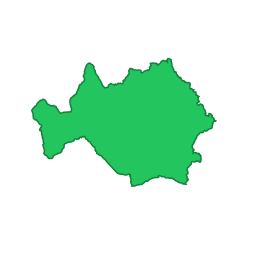 Kengtung, Shan, Myanmar, rotated 46°
{"feature_id": "60261553B37663404803056", "entity_name": "Kengtung", "entity_type": "district", "adm_level": 2, "iso_a3": "MMR", "parent_name": "Myanmar", "parent_adm1": "Shan", "projection": "orthographic", "projection_center": [99.278, 21.371], "detail": "fine", "context": "isolated", "style": "filled", "palette": "green", "viewbox_px": 256, "rotation_deg": 46, "n_neighbors": 0, "source": "geoboundaries", "source_scale": "gbopen_adm2", "svg_char_len": 5768}
<svg xmlns="http://www.w3.org/2000/svg" viewBox="0 0 256 256"><g transform="rotate(46 128 128)"><path d="M48.7,185.1L52.0,186.5L53.4,187.9L53.8,188.0L55.2,189.2L57.4,189.2L58.9,188.3L60.5,188.6L61.5,188.4L63.8,189.0L65.7,188.2L66.5,188.8L67.0,190.3L67.4,190.3L67.2,191.4L67.9,192.4L67.9,192.8L68.3,193.1L68.9,193.0L69.0,192.4L70.2,192.5L72.7,194.5L73.5,194.8L74.5,195.6L75.5,195.5L75.7,196.5L76.5,196.8L77.3,196.9L79.4,198.8L80.3,198.9L80.8,199.2L80.8,200.6L81.2,201.1L85.5,203.3L86.5,204.0L87.9,206.3L90.1,206.4L91.0,205.8L91.7,205.7L94.4,206.3L96.3,204.8L97.1,203.7L97.0,202.6L96.3,200.9L96.6,199.1L97.9,196.0L98.3,194.5L99.0,193.6L98.6,191.3L97.7,190.5L97.7,187.8L96.7,186.8L96.6,186.3L95.8,185.9L95.5,184.1L96.4,182.0L96.5,181.0L98.2,179.2L99.4,176.6L99.5,175.8L98.9,174.0L99.8,173.0L100.4,172.8L100.6,172.1L101.1,171.9L101.7,171.0L101.8,170.6L101.2,169.3L101.8,168.4L102.1,168.2L102.6,168.2L102.5,166.6L103.6,166.1L103.7,165.3L104.7,165.2L106.3,166.0L108.2,165.3L110.1,165.9L111.2,165.0L113.4,165.5L117.6,165.9L118.1,165.6L118.2,165.2L118.5,165.2L120.8,166.4L121.5,167.3L122.0,167.4L122.5,167.1L123.5,167.4L124.2,167.6L124.6,168.2L126.4,167.4L127.4,167.6L128.2,167.4L129.0,166.4L131.6,166.7L132.3,166.4L133.1,166.8L133.8,166.4L134.9,166.4L138.5,166.8L152.5,167.0L153.4,166.8L156.2,165.5L157.8,163.9L159.9,162.6L160.7,161.8L162.0,159.1L162.4,158.8L163.2,158.8L163.6,160.1L164.2,159.8L164.9,160.1L165.7,161.0L166.9,161.3L168.5,163.3L169.2,163.6L169.8,164.2L171.7,164.7L172.1,165.0L172.3,165.6L173.0,165.1L173.5,164.2L174.5,163.4L175.4,160.8L175.9,160.4L176.2,159.6L176.7,159.3L177.0,158.6L176.9,158.3L178.2,157.5L178.3,154.9L178.6,154.2L178.4,152.1L180.0,150.9L179.9,149.5L180.3,147.3L181.1,145.3L182.1,143.4L183.0,142.3L183.6,141.9L184.5,140.5L184.6,140.0L183.7,139.6L183.9,138.7L185.2,137.8L186.7,137.4L188.2,135.6L190.2,135.5L191.8,133.5L192.9,133.2L193.4,132.3L194.0,132.2L194.2,131.7L194.6,131.4L197.3,130.4L199.0,130.4L200.7,129.5L201.9,129.5L204.1,128.4L204.4,127.7L205.1,127.3L205.9,127.5L206.7,127.1L207.2,126.4L207.8,126.2L208.8,125.3L208.1,125.1L207.3,124.5L207.2,123.9L207.4,123.2L207.1,121.9L206.6,121.1L207.1,120.9L207.0,120.6L206.5,120.5L205.9,120.1L205.4,120.4L204.7,120.2L204.2,119.4L203.7,119.4L202.3,118.6L202.2,117.8L202.4,116.5L200.8,115.2L198.8,114.3L198.0,113.0L198.2,111.3L197.8,110.0L198.0,109.3L198.0,108.0L197.8,107.4L196.9,106.7L196.6,105.8L197.0,105.0L198.9,103.5L199.3,102.0L199.6,101.5L200.1,101.2L200.8,100.1L202.5,100.2L202.7,99.9L202.6,99.1L201.3,97.2L200.1,96.3L198.8,95.0L198.0,95.1L197.5,94.7L197.0,94.8L196.7,95.2L196.2,95.2L195.9,94.6L195.5,94.6L194.7,95.8L193.3,96.0L191.6,97.3L191.3,97.9L191.4,98.5L190.5,97.7L189.7,97.6L189.7,95.8L189.2,95.6L188.4,95.9L185.9,94.9L185.1,93.6L185.0,92.5L184.4,91.2L184.3,90.3L183.9,89.9L183.9,89.2L183.2,87.9L182.8,85.7L181.9,84.6L181.5,83.1L181.7,81.0L181.5,79.3L181.7,78.9L183.2,77.5L183.3,76.8L182.9,74.7L184.4,74.1L184.6,73.7L184.9,72.8L184.8,71.7L185.6,69.4L186.3,68.2L185.8,66.6L184.5,65.3L183.7,63.7L183.3,63.6L183.0,63.0L182.7,61.6L183.0,61.2L183.5,61.0L184.0,60.0L183.9,59.8L183.0,60.4L182.6,60.4L181.3,60.0L180.8,59.5L178.9,59.9L178.0,59.4L177.8,58.8L175.4,58.7L173.9,59.7L174.5,61.0L175.5,61.6L174.6,61.9L174.0,62.9L173.1,63.2L172.7,62.9L171.2,62.7L171.5,61.8L169.0,60.3L166.5,60.1L164.4,58.6L163.7,58.5L162.9,58.4L162.2,58.9L161.1,59.1L160.8,59.6L161.0,60.4L160.9,61.1L160.4,61.6L159.2,61.6L158.1,61.1L158.6,58.4L157.7,58.1L157.2,58.3L156.1,58.0L155.3,56.8L154.4,56.2L154.6,55.2L152.2,55.6L151.7,56.2L151.2,56.1L149.7,54.4L149.1,54.3L148.8,54.8L147.4,55.7L146.8,55.5L146.3,54.1L145.9,54.3L145.7,54.9L143.9,54.9L143.0,56.1L142.6,56.0L140.5,54.2L140.2,53.2L139.3,53.2L139.1,52.4L138.8,52.3L138.2,52.3L136.7,53.5L136.4,54.1L135.9,54.5L135.0,54.6L134.5,55.3L133.6,54.9L132.8,55.0L132.4,55.9L130.9,56.0L128.2,55.1L127.8,56.3L126.2,55.8L125.8,56.2L125.2,55.9L124.7,56.3L123.8,55.6L122.9,55.7L121.2,54.6L120.1,55.1L119.9,55.8L117.6,54.5L113.9,53.3L111.3,51.2L110.2,50.9L109.0,49.6L106.6,50.3L105.8,51.0L105.9,51.8L106.2,52.1L106.2,52.8L107.4,53.3L108.0,53.9L105.8,54.3L105.5,55.1L105.1,55.4L104.5,55.3L103.6,56.0L103.3,58.2L103.8,59.3L103.8,59.9L103.4,62.9L103.2,63.1L101.7,62.4L101.3,62.5L100.4,63.7L98.6,64.7L98.3,65.6L97.4,66.2L97.2,67.2L99.1,68.1L99.2,70.3L100.4,70.9L100.8,72.2L100.8,73.3L99.8,73.7L98.5,76.9L98.3,79.3L97.4,80.0L95.9,78.9L95.3,78.8L95.0,79.2L93.8,79.9L92.8,81.3L91.4,82.4L90.9,83.2L87.9,84.0L86.6,85.3L87.1,86.4L87.1,87.2L87.6,87.9L88.9,88.8L90.0,89.9L89.9,91.2L90.3,92.8L90.2,94.7L91.4,97.5L90.6,98.0L90.6,98.8L92.4,100.3L92.4,101.3L92.0,101.8L90.5,102.3L89.9,103.5L88.9,104.1L88.9,106.3L88.6,106.5L87.7,106.5L87.5,106.8L87.7,107.9L86.2,108.5L85.8,109.0L84.1,109.5L83.6,112.3L84.5,113.3L84.7,114.2L83.1,116.7L81.1,116.9L78.9,116.5L77.6,115.9L74.2,114.8L72.9,115.0L70.9,114.0L69.2,113.7L67.5,113.7L65.2,112.8L64.2,111.9L63.2,111.8L60.9,110.9L60.4,110.6L60.3,109.8L59.4,109.9L57.9,109.6L56.6,110.1L54.8,110.4L54.3,111.0L53.9,112.5L54.0,113.3L54.6,115.5L56.0,118.3L56.4,118.7L57.3,120.4L58.2,120.5L59.0,122.7L59.8,124.2L62.1,124.8L63.0,125.9L63.9,127.5L63.7,128.5L63.3,129.2L64.0,131.3L63.3,132.3L63.8,133.0L63.7,133.8L64.5,134.9L65.1,135.2L65.1,136.4L65.9,137.8L66.6,140.1L67.3,140.6L67.6,141.2L67.6,141.8L67.1,142.5L67.2,143.2L67.8,143.7L67.0,144.4L67.1,146.4L66.8,147.9L66.9,148.7L67.5,149.1L67.5,150.1L69.2,151.9L71.0,153.2L75.1,155.3L76.2,156.8L76.6,157.9L71.9,163.5L71.2,165.4L69.9,166.5L66.7,166.0L65.7,165.5L63.9,165.5L62.6,164.9L62.1,165.1L61.4,165.9L60.3,165.7L58.5,168.2L56.0,168.7L55.3,169.2L54.3,169.3L52.6,168.6L50.7,168.3L48.6,168.9L48.1,169.5L48.2,170.2L48.0,171.1L47.6,171.2L47.2,172.0L47.2,175.3L47.3,176.5L48.0,177.9L48.1,179.0L47.7,179.8L48.1,181.2L47.9,182.4L48.2,184.4L48.7,185.1Z" fill="#22c55e" stroke="#15803d" stroke-width="1.5"/></g></svg>